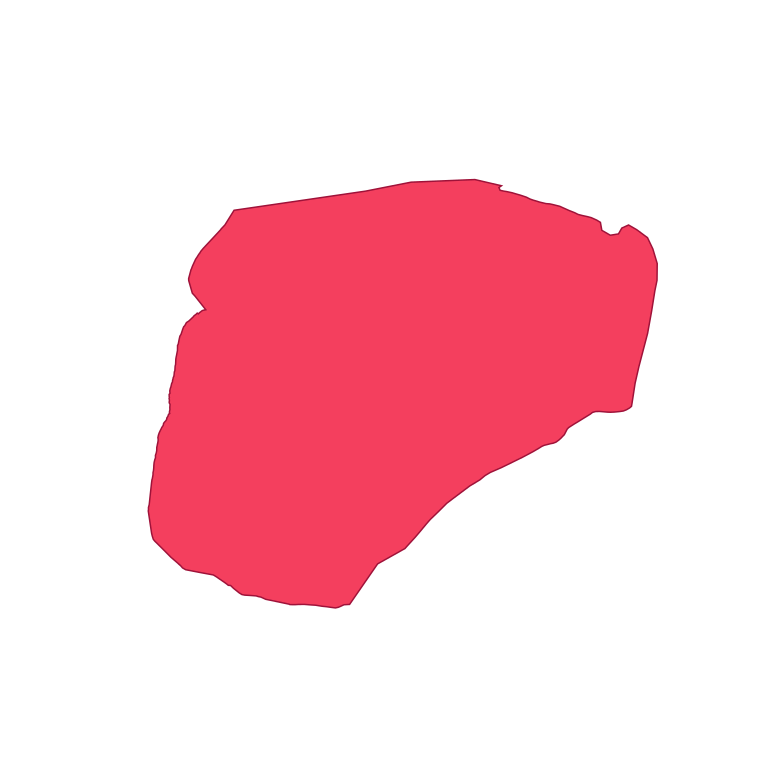 Union/Ti Morne, Gros Islet, Saint Lucia (Robinson projection), rotated 120°
{"feature_id": "8701671B35889486410430", "entity_name": "Union/Ti Morne", "entity_type": "district", "adm_level": 2, "iso_a3": "LCA", "parent_name": "Saint Lucia", "parent_adm1": "Gros Islet", "projection": "robinson", "projection_center": [-60.952, 14.023], "detail": "fine", "context": "isolated", "style": "filled", "palette": "rose", "viewbox_px": 768, "rotation_deg": 120, "n_neighbors": 0, "source": "geoboundaries", "source_scale": "gbopen_adm2", "svg_char_len": 3555}
<svg xmlns="http://www.w3.org/2000/svg" viewBox="0 0 768 768"><g transform="rotate(120 384 384)"><path d="M308.5,600.7L325.8,601.3L331.2,602.6L332.0,602.6L341.2,604.7L356.7,608.3L360.7,609.0L363.3,609.0L362.7,609.1L365.5,609.3L366.6,609.3L368.5,609.4L369.7,609.5L370.5,609.5L377.9,608.8L380.7,608.3L381.5,608.3L390.4,605.9L391.5,605.2L392.1,604.8L401.2,595.4L402.4,591.6L408.8,575.5L410.6,577.5L411.5,578.2L413.0,578.8L414.2,579.3L416.1,579.9L416.0,581.2L417.3,581.5L418.3,581.9L419.8,582.6L420.9,582.7L427.0,584.5L429.6,585.8L433.0,585.7L434.6,586.1L437.3,585.7L438.6,585.4L442.6,584.6L444.5,584.7L445.6,584.4L449.0,583.3L450.7,582.7L452.5,582.1L453.8,582.1L454.5,581.7L458.3,579.6L463.2,577.9L464.5,577.5L466.6,576.7L471.2,574.3L473.0,573.8L474.6,573.0L475.4,572.6L477.0,571.8L478.4,571.6L480.5,570.6L482.5,569.8L483.6,569.8L484.7,569.4L486.6,568.9L488.1,568.2L489.6,568.2L493.1,567.1L494.5,566.9L497.0,566.1L499.1,564.7L500.4,564.9L502.5,563.6L503.0,563.1L504.0,562.9L505.2,561.8L507.0,560.9L506.0,561.5L507.7,560.6L508.6,559.1L510.9,558.0L511.7,557.6L513.0,556.7L515.7,555.8L516.7,554.8L517.8,555.4L518.7,555.3L520.0,555.0L522.2,555.1L522.7,554.7L523.3,554.6L524.5,554.5L526.7,555.0L528.3,555.2L530.2,554.5L532.7,554.7L535.1,554.5L535.9,554.5L536.9,554.4L538.3,554.3L540.2,554.0L541.7,553.6L542.5,553.3L543.3,553.1L544.4,552.3L545.2,551.7L546.5,551.1L549.5,550.0L548.7,550.4L550.6,549.7L552.5,549.1L555.2,547.6L556.0,547.3L557.8,546.7L560.0,546.3L562.2,545.0L563.9,544.7L564.7,544.5L567.0,543.8L569.6,542.6L571.7,541.5L573.7,540.6L574.4,540.3L575.7,539.9L576.3,539.7L577.7,538.9L578.3,538.6L580.5,537.8L581.9,537.3L582.9,537.1L585.6,536.0L605.9,527.0L608.6,526.3L611.4,524.7L610.9,525.1L611.9,524.6L629.4,510.7L631.6,508.6L633.8,506.2L634.1,505.5L634.7,503.9L637.2,494.3L640.6,481.8L641.4,477.6L642.1,473.9L642.9,469.7L642.5,472.3L643.1,469.1L644.0,466.5L644.0,462.9L639.1,448.7L634.9,436.9L634.7,436.2L634.8,432.3L635.1,429.1L635.5,423.8L635.7,421.6L635.9,419.9L636.2,418.2L635.2,416.1L636.2,412.1L637.3,405.0L637.4,401.8L636.5,399.1L634.2,394.5L631.4,388.7L631.0,386.7L630.1,384.1L629.9,382.1L629.6,378.8L628.3,374.9L622.1,356.0L622.1,355.2L619.5,350.6L617.7,347.9L614.7,342.8L611.7,336.5L609.8,332.7L607.4,326.4L605.6,322.4L604.0,318.4L602.2,314.1L600.2,311.9L598.5,310.6L595.2,308.3L593.2,305.3L592.1,303.6L543.0,299.6L518.2,284.9L516.1,283.6L513.1,283.0L501.3,280.4L495.4,279.3L484.3,277.4L478.2,276.2L467.1,273.0L455.9,270.0L449.9,267.5L429.5,258.8L419.0,253.0L412.8,250.7L407.4,247.7L397.8,240.6L387.7,233.8L378.0,227.3L367.9,221.0L361.9,217.6L359.2,216.2L357.0,214.6L354.3,211.8L352.5,210.0L350.7,207.9L348.4,206.0L345.0,204.5L342.2,203.6L340.0,203.1L337.8,202.5L333.5,202.7L331.5,202.8L329.4,202.3L326.5,200.8L323.4,199.2L320.2,197.4L314.4,194.3L310.7,192.3L307.0,190.3L304.3,189.2L302.0,186.9L300.0,183.6L298.2,179.8L296.9,177.0L295.3,173.9L293.0,170.3L290.0,166.1L287.7,163.2L285.2,161.2L281.9,159.3L279.6,158.5L276.6,159.6L257.8,166.9L241.3,172.0L208.4,181.0L187.0,188.7L167.9,196.0L157.7,199.4L143.1,207.6L132.6,218.7L125.5,229.0L125.2,231.9L124.0,242.3L124.0,251.7L130.0,256.0L136.8,256.0L142.0,262.4L142.0,272.2L135.8,277.4L135.7,281.7L136.3,287.7L137.3,291.4L138.9,296.4L140.1,300.7L140.3,304.4L141.2,310.5L141.9,317.3L142.2,320.6L144.2,327.6L145.1,330.4L146.8,334.0L148.7,340.4L149.2,342.8L150.2,346.8L150.8,350.1L151.0,354.0L152.2,360.0L153.3,364.4L154.3,368.6L156.1,374.2L157.0,376.5L158.2,380.3L156.4,382.7L153.6,381.4L161.5,407.5L195.7,461.5L226.1,496.3L308.5,600.7Z" fill="#f43f5e" stroke="#9f1239" stroke-width="1.5"/></g></svg>